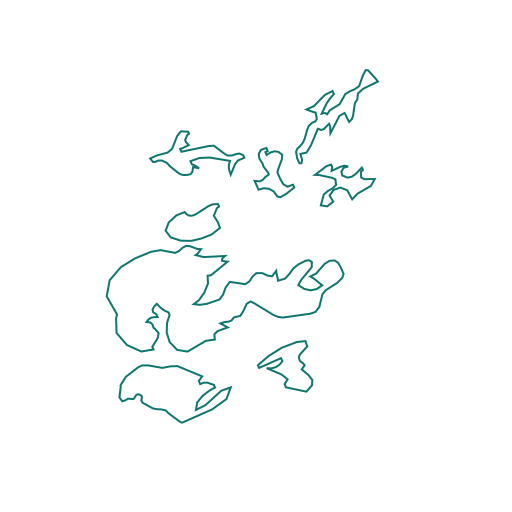 the border of Orkney, rotated 336°
{"feature_id": "GBR-2744", "entity_name": "Orkney", "entity_type": "Unitary District", "adm_level": 1, "iso_a3": "GBR", "parent_name": "United Kingdom", "parent_adm1": "", "projection": "robinson", "projection_center": [-2.916, 59.046], "detail": "fine", "context": "isolated", "style": "outline", "palette": "teal", "viewbox_px": 512, "rotation_deg": 336, "n_neighbors": 0, "source": "natural_earth", "source_scale": "10m", "svg_char_len": 5137}
<svg xmlns="http://www.w3.org/2000/svg" viewBox="0 0 512 512"><g transform="rotate(336 256 256)"><path d="M321.3,290.3L326.2,292.2L328.3,295.8L328.8,301.1L328.7,308.0L325.8,311.1L319.2,313.6L305.8,315.6L301.2,317.9L293.1,328.3L287.6,331.3L282.1,330.8L255.6,323.2L251.4,320.6L247.8,316.8L235.0,298.2L232.4,295.3L228.0,295.9L223.1,300.3L217.4,304.3L210.9,303.1L207.3,305.0L204.1,304.8L200.6,303.6L196.1,303.1L201.1,309.7L190.3,309.0L186.1,310.6L184.4,315.6L175.7,313.1L154.6,315.5L145.8,309.7L142.1,299.5L143.3,289.6L147.5,281.0L153.1,274.7L153.1,271.8L150.5,269.0L148.5,265.9L147.1,262.7L145.9,259.3L142.1,260.9L139.6,263.0L139.2,265.6L141.3,268.7L141.3,271.8L138.0,270.4L135.0,269.7L132.0,270.2L129.1,271.8L132.4,273.7L133.6,276.6L133.2,280.2L133.9,280.9L135.7,286.9L132.7,291.1L124.3,296.8L124.3,299.7L112.4,296.6L101.9,284.9L97.3,269.6L102.9,255.9L105.3,252.8L103.2,232.1L112.5,218.6L128.1,211.2L144.9,209.0L161.9,209.5L171.2,211.8L183.3,220.2L187.9,220.1L192.2,218.6L196.2,218.3L199.8,220.3L205.4,225.8L208.6,227.4L203.6,230.2L201.2,230.6L207.8,235.7L227.7,243.4L225.2,244.1L224.1,244.8L223.0,246.5L224.5,247.5L226.2,248.8L227.7,249.6L207.0,255.3L203.8,254.3L200.9,261.7L193.9,268.4L185.9,273.2L179.6,274.7L184.9,277.8L191.7,279.7L204.9,280.9L210.2,277.9L215.6,272.3L221.6,269.0L234.8,277.4L239.7,276.5L244.3,273.5L249.3,271.8L254.8,274.2L258.6,278.6L262.5,281.1L268.4,277.8L267.7,279.9L266.7,285.3L266.0,287.5L273.2,288.5L279.2,286.0L285.0,282.6L291.4,280.9L299.4,280.5L302.7,281.4L304.6,284.3L302.3,288.9L288.0,296.0L282.8,299.7L286.7,305.7L291.8,309.5L297.8,310.9L304.6,309.7L299.6,300.0L297.3,296.8L303.8,296.5L315.5,291.1L321.3,290.3ZM138.5,372.2L149.0,371.7L169.5,365.0L179.5,365.7L170.8,374.7L153.4,378.3L120.6,378.2L118.9,376.1L112.2,364.3L110.7,360.3L107.2,357.7L103.1,355.6L100.0,353.5L92.8,344.1L92.4,341.5L93.8,339.5L94.7,337.5L92.8,334.7L90.4,334.1L86.2,336.8L84.6,336.3L81.2,334.3L77.6,334.7L74.8,334.4L73.7,329.7L79.0,320.8L79.7,319.0L87.8,313.5L103.2,309.7L107.5,309.7L112.9,312.0L124.9,320.1L132.6,321.9L139.4,324.6L157.9,344.1L153.0,346.9L152.9,350.3L157.1,350.6L160.0,351.9L165.1,356.6L165.1,359.5L158.4,360.1L150.1,362.1L142.6,366.0L138.5,372.2ZM419.4,142.7L426.9,134.7L431.8,130.8L433.9,132.0L437.2,141.8L438.3,146.2L421.8,146.8L415.1,149.1L412.3,154.1L408.5,156.6L401.7,167.4L399.2,170.0L395.6,171.4L395.1,161.4L389.2,161.9L373.9,174.2L375.7,169.5L376.5,168.0L376.5,164.9L369.8,167.6L366.9,167.4L364.3,164.9L351.4,177.1L344.2,182.1L338.1,180.8L337.2,187.0L335.2,189.8L333.4,188.9L333.3,183.6L335.0,177.1L337.5,174.7L340.8,173.7L345.2,171.4L348.4,168.4L354.2,161.4L357.2,158.6L361.4,157.1L364.8,157.2L367.3,155.6L368.8,149.2L366.9,147.8L361.7,142.7L370.0,142.6L384.2,136.9L392.9,136.4L393.0,139.8L387.8,142.1L382.6,145.3L373.9,152.7L376.5,153.2L377.6,153.8L378.6,155.5L382.7,152.9L394.2,151.3L403.4,144.4L408.7,143.7L414.3,143.8L419.4,142.7ZM208.7,130.4L205.4,129.0L202.5,129.1L200.2,128.3L199.0,123.9L206.2,123.8L217.4,125.6L223.0,123.9L232.8,114.3L238.1,111.6L244.5,114.8L244.6,116.8L244.2,117.3L243.3,117.2L242.3,117.6L238.5,121.1L238.3,123.3L239.7,127.3L232.5,127.6L230.2,127.3L230.2,130.4L257.5,136.3L262.4,138.1L269.0,150.1L271.0,152.7L275.0,154.4L278.7,154.7L282.2,155.5L285.3,158.6L285.3,161.5L278.3,161.4L274.1,163.7L266.0,171.4L266.4,167.3L267.1,164.2L268.4,161.5L271.0,158.6L253.7,147.2L244.3,143.5L234.7,142.7L234.7,146.1L236.4,147.8L239.7,152.7L234.7,149.2L232.0,153.3L229.5,154.6L226.6,154.1L223.0,152.7L220.6,151.0L218.8,148.5L213.8,138.9L213.1,136.4L211.9,134.0L208.7,130.4ZM242.3,350.3L258.4,351.2L266.6,353.9L266.0,359.5L256.1,363.8L254.0,365.7L253.4,369.8L255.3,372.9L256.0,375.6L251.6,378.2L255.5,386.0L257.0,392.2L254.6,396.9L246.8,400.4L230.0,388.2L230.0,384.8L234.7,381.5L231.1,374.6L220.2,362.9L224.4,364.9L228.8,365.6L233.2,364.9L237.3,362.9L237.3,359.5L213.3,359.5L213.3,356.6L226.8,352.5L242.3,350.3ZM224.2,218.3L213.1,217.8L202.9,215.8L193.7,211.5L185.7,204.4L183.7,196.1L190.0,189.8L199.9,186.5L208.6,186.8L209.0,187.7L209.6,189.5L211.0,191.6L213.4,193.0L215.7,193.4L218.2,193.4L232.6,191.1L237.1,191.1L242.3,193.0L242.5,195.3L242.0,196.0L241.0,196.0L239.7,196.4L233.8,202.1L234.9,209.4L234.5,215.7L224.2,218.3ZM386.2,221.7L384.0,227.0L386.1,229.8L395.8,234.0L389.5,238.7L374.3,240.3L366.9,243.4L366.1,233.0L360.9,227.8L353.9,227.2L347.8,230.6L348.7,237.8L341.2,239.6L335.8,236.1L343.0,227.4L348.2,225.8L353.7,225.3L358.1,223.6L359.7,218.3L357.4,215.6L346.6,207.7L342.9,205.9L356.9,202.6L361.8,203.0L361.8,205.9L360.7,207.3L359.7,209.0L369.4,208.8L373.6,209.5L376.6,211.8L372.1,211.0L368.4,213.5L367.6,217.6L371.6,221.7L375.9,222.5L380.4,221.6L388.6,218.3L388.8,220.7L388.1,221.3L387.2,221.2L386.2,221.7ZM285.3,186.8L289.8,189.4L293.4,189.1L296.8,187.6L300.8,186.8L301.1,185.2L299.2,177.3L299.6,174.2L298.7,168.4L300.1,163.7L303.7,161.1L309.4,161.5L309.4,164.9L306.8,164.9L306.8,168.0L311.4,167.3L315.5,167.9L318.8,170.0L321.1,174.2L318.9,178.2L311.1,186.2L309.5,188.5L309.5,195.7L310.2,201.7L313.0,205.5L318.8,205.9L318.8,209.0L308.5,211.6L302.4,212.2L299.7,210.4L298.5,204.3L295.3,199.9L290.7,197.3L285.3,196.4L285.3,186.8Z" fill="none" stroke="#0f766e" stroke-width="2"/></g></svg>